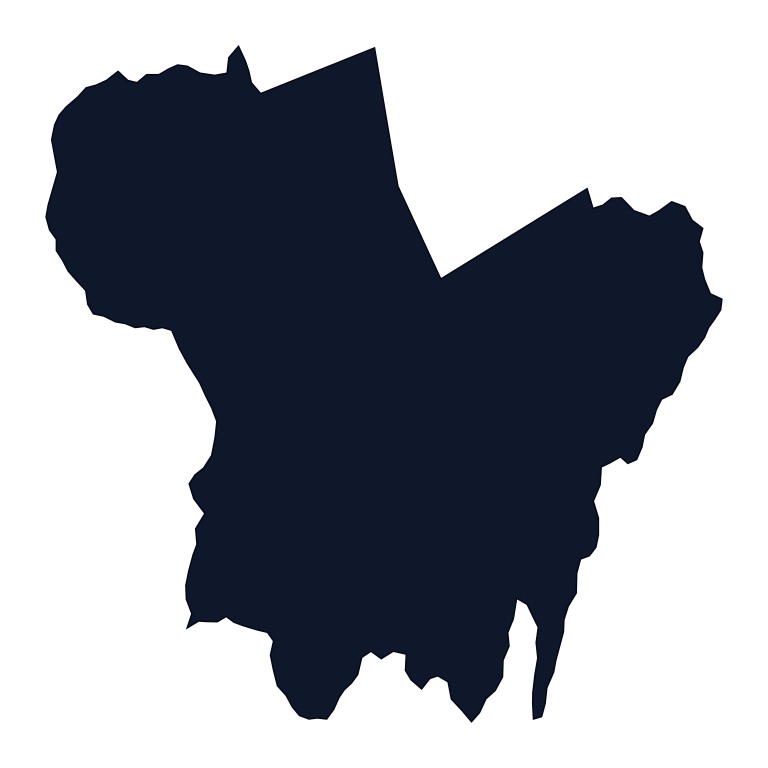 Rancho Queimado, Santa Catarina, Brazil
{"feature_id": "56859067B14701683367947", "entity_name": "Rancho Queimado", "entity_type": "district", "adm_level": 2, "iso_a3": "BRA", "parent_name": "Brazil", "parent_adm1": "Santa Catarina", "projection": "equal_earth", "projection_center": [-49.09, -27.678], "detail": "fine", "context": "isolated", "style": "filled", "palette": "ink", "viewbox_px": 768, "rotation_deg": 0, "n_neighbors": 0, "source": "geoboundaries", "source_scale": "gbopen_adm2", "svg_char_len": 2320}
<svg xmlns="http://www.w3.org/2000/svg" viewBox="0 0 768 768"><path d="M702.7,228.4L692.2,220.4L684.8,206.7L671.7,201.8L659.2,210.9L649.4,216.4L633.8,210.7L621.4,197.8L611.6,198.3L603.1,205.1L593.0,208.5L587.1,188.7L440.8,279.0L397.9,186.3L388.4,130.6L374.5,47.9L260.6,93.6L251.3,82.7L248.8,71.4L245.4,61.2L238.5,46.3L228.8,57.7L227.1,73.2L214.8,75.4L199.9,73.2L187.4,66.3L177.6,65.0L168.7,69.0L158.9,74.7L146.6,74.7L137.1,82.7L127.8,80.5L118.1,71.4L106.4,80.5L96.0,85.2L86.2,87.8L77.9,96.9L66.1,107.1L59.2,115.1L54.7,124.9L51.7,139.7L54.7,156.1L57.7,172.1L54.7,182.5L51.5,193.6L48.2,205.1L46.1,217.1L49.6,229.8L56.4,239.3L56.4,250.6L62.7,260.4L68.3,271.2L76.8,280.8L85.8,290.5L87.8,304.3L93.4,313.8L103.7,316.0L115.5,321.8L125.3,323.5L135.2,327.5L144.5,326.4L153.5,329.1L162.4,327.5L171.7,330.2L179.5,348.6L187.2,362.8L194.3,374.1L199.8,382.7L205.4,395.2L211.7,407.6L216.9,421.3L215.2,437.3L211.7,455.5L203.6,468.1L195.1,474.8L189.2,483.8L193.8,498.7L204.9,513.5L195.7,528.8L197.0,544.4L193.2,554.6L188.9,570.5L185.9,585.4L186.4,599.3L191.9,613.7L187.2,627.9L198.7,621.0L206.8,621.5L217.4,621.7L226.2,616.4L234.0,622.2L242.9,625.5L250.6,627.9L258.2,630.1L267.5,632.3L273.6,641.0L270.5,655.2L273.6,670.5L277.5,685.8L286.2,695.5L292.4,707.0L299.5,715.5L309.0,719.0L317.1,717.9L326.7,719.0L333.7,709.3L339.1,697.3L344.3,689.7L351.4,683.1L357.7,674.5L361.7,657.4L371.0,651.2L381.3,658.7L393.2,651.2L406.3,654.1L405.5,670.5L411.1,679.8L421.6,688.9L429.9,678.4L437.8,675.8L448.1,681.8L451.4,699.1L462.0,710.4L471.5,721.7L479.5,712.6L485.9,698.8L495.2,690.4L502.5,676.9L503.0,660.3L509.0,646.1L507.7,632.6L513.3,618.8L516.6,598.2L527.2,604.4L532.9,616.4L538.3,627.3L536.2,642.5L537.8,658.1L535.0,674.5L532.9,692.6L532.7,703.5L533.5,719.0L541.6,716.6L545.1,703.5L546.8,687.8L553.6,672.2L555.8,660.3L559.6,646.1L563.4,631.9L563.9,619.9L568.2,606.2L576.2,593.1L576.7,573.2L580.5,559.0L589.4,555.7L595.9,547.2L598.4,535.0L598.4,518.0L593.3,501.1L600.1,484.9L601.2,467.0L609.9,462.8L620.5,456.8L627.8,463.4L636.6,459.5L641.9,447.0L644.4,434.4L652.4,423.1L656.3,409.6L661.5,399.2L672.1,394.1L679.7,381.4L683.1,367.4L687.7,356.4L697.5,347.3L704.5,337.3L708.6,327.5L714.8,318.9L720.6,309.8L721.9,299.2L710.3,293.8L704.5,279.6L701.5,267.7L702.7,252.8L699.0,241.5L702.7,228.4Z" fill="#0f172a" stroke="#020617" stroke-width="1.5"/></svg>